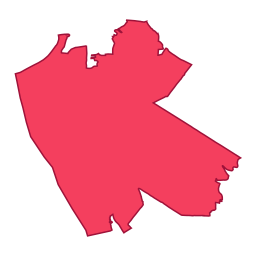 Milcov, Olt, Romania (Natural Earth projection)
{"feature_id": "2599482B38405500172940", "entity_name": "Milcov", "entity_type": "district", "adm_level": 2, "iso_a3": "ROU", "parent_name": "Romania", "parent_adm1": "Olt", "projection": "natural_earth1", "projection_center": [24.399, 44.373], "detail": "fine", "context": "isolated", "style": "filled", "palette": "rose", "viewbox_px": 256, "rotation_deg": 0, "n_neighbors": 0, "source": "geoboundaries", "source_scale": "gbopen_adm2", "svg_char_len": 5680}
<svg xmlns="http://www.w3.org/2000/svg" viewBox="0 0 256 256"><path d="M87.6,235.9L110.4,230.9L112.0,230.0L111.1,227.3L110.9,225.5L110.6,224.5L110.5,224.0L110.8,223.4L111.4,223.0L112.1,222.5L112.2,222.2L111.9,221.8L110.0,222.6L109.7,222.5L109.5,222.3L109.5,221.9L109.6,221.7L110.8,221.1L110.4,219.9L109.8,220.1L109.6,219.7L110.1,218.8L110.0,218.5L109.6,218.2L109.6,217.8L110.3,217.0L110.4,216.8L110.1,216.4L110.1,216.2L112.8,214.4L113.5,217.2L114.0,218.7L114.8,220.1L115.7,221.5L118.0,223.7L119.2,225.1L122.2,230.2L123.9,232.8L124.7,232.2L131.3,228.1L130.6,227.5L130.0,226.7L129.3,226.0L128.2,225.0L128.1,224.0L128.4,223.4L129.6,221.9L130.9,220.4L133.2,217.2L135.7,214.2L137.0,212.5L140.2,208.4L141.5,207.1L142.9,205.2L143.1,204.8L143.2,204.5L143.0,203.5L142.9,203.0L143.0,201.8L142.9,201.6L142.7,201.4L142.2,201.1L142.1,200.4L142.0,199.8L141.4,197.8L141.4,197.0L141.1,196.2L139.7,192.0L138.4,189.0L138.6,188.5L139.0,188.5L139.3,188.5L140.2,188.9L140.6,189.1L141.3,189.6L144.5,191.7L147.1,193.2L147.7,193.5L148.2,193.8L150.7,195.7L151.5,196.1L152.2,196.5L154.2,197.9L160.6,201.8L161.1,202.1L162.0,202.3L162.6,202.6L163.9,203.7L165.7,204.9L168.8,207.1L172.4,209.4L174.4,210.7L176.7,212.1L181.1,214.9L181.6,215.1L182.1,215.2L185.5,215.4L190.1,215.5L192.1,215.7L193.1,215.7L194.3,215.5L195.9,215.6L199.8,215.6L202.4,215.5L203.7,215.6L203.6,215.8L207.1,215.9L208.5,216.0L209.2,215.9L209.9,215.7L209.8,214.0L209.6,213.0L209.6,212.9L210.0,212.6L210.7,212.3L210.8,212.0L210.7,211.8L211.2,211.3L211.7,210.8L212.7,210.5L213.2,210.1L213.7,210.3L214.6,210.1L215.4,209.4L215.6,209.2L215.7,208.9L215.6,206.9L215.7,204.8L215.5,203.3L215.6,202.5L218.7,202.9L219.4,203.1L219.5,201.6L221.6,201.3L221.8,201.3L221.8,200.6L220.1,200.8L219.9,200.2L220.3,199.7L220.7,199.7L222.3,199.4L222.3,197.6L222.2,196.6L221.8,195.3L221.4,194.5L219.4,192.6L219.0,191.9L218.6,190.7L218.5,189.4L218.5,188.2L219.1,185.9L219.5,184.8L219.8,184.2L219.9,183.6L219.6,183.3L218.4,183.0L217.1,182.3L215.7,181.3L215.4,181.0L215.4,180.9L215.8,180.4L215.9,180.1L216.1,178.8L216.3,178.7L216.4,178.8L216.8,179.3L217.1,180.1L217.2,180.3L217.5,180.3L219.9,180.3L223.7,180.0L224.9,180.1L226.3,179.9L226.7,179.8L227.4,179.3L227.8,179.0L228.2,178.2L228.4,176.6L228.6,176.3L228.8,175.9L228.4,175.4L227.6,174.6L227.1,174.0L226.0,172.5L225.7,171.8L225.1,171.1L225.0,170.8L224.9,170.3L224.4,169.4L224.2,168.9L222.9,167.1L222.4,166.0L222.5,165.8L223.0,165.9L223.3,166.2L224.9,167.8L226.1,168.9L227.0,169.5L227.9,169.9L229.2,170.3L230.2,170.5L231.5,170.7L231.9,170.7L232.4,170.4L232.7,170.1L233.0,169.6L233.1,169.4L233.1,169.1L232.9,168.5L232.9,168.0L233.0,167.6L233.4,167.1L234.0,167.0L234.3,167.0L236.6,167.4L236.9,167.4L237.1,167.3L237.6,166.8L237.7,166.5L237.8,166.0L237.8,165.5L237.5,164.2L237.3,162.8L237.5,161.5L238.0,159.7L238.3,159.3L239.2,158.7L239.9,158.3L240.6,157.9L224.0,147.4L222.3,146.3L215.7,142.3L207.6,137.1L203.7,134.6L200.1,132.4L197.0,130.3L193.5,128.2L190.6,126.2L189.4,125.5L187.2,124.1L153.3,102.9L157.6,100.6L163.9,97.5L165.9,96.4L166.9,96.6L167.5,96.4L167.8,96.1L170.4,92.4L174.3,87.4L176.4,84.5L177.1,83.6L180.4,79.6L181.2,78.8L181.4,78.4L181.9,77.5L182.6,76.7L183.1,75.8L183.5,75.5L184.3,75.0L184.6,74.3L184.7,73.5L191.6,64.7L183.6,60.7L180.9,59.6L178.8,58.3L174.2,55.1L172.7,54.2L169.5,51.9L168.6,51.0L168.1,50.3L167.9,49.6L167.6,49.2L166.7,48.5L166.6,48.4L165.8,48.3L164.4,50.3L161.8,54.4L160.2,54.7L158.8,55.2L158.0,55.2L158.4,49.5L162.9,49.1L163.3,48.8L162.6,47.0L162.5,46.6L162.5,46.2L162.6,45.1L162.5,44.9L162.2,44.3L161.2,43.0L159.9,41.8L159.4,41.5L158.4,41.2L158.7,38.1L158.7,36.5L158.5,35.1L158.3,34.6L157.9,33.4L157.2,33.7L155.7,31.9L154.5,30.9L153.9,30.7L153.7,30.5L153.4,30.5L153.2,30.3L152.0,28.8L151.2,28.4L148.4,24.9L147.9,24.1L147.0,22.4L146.6,21.7L146.7,21.3L144.6,21.9L144.4,22.1L141.0,21.6L140.8,21.5L134.3,20.7L126.7,20.1L126.6,20.4L126.7,20.7L127.1,21.3L127.2,21.5L127.1,22.0L126.9,22.3L126.2,22.9L125.9,23.3L125.2,24.4L124.3,25.4L123.4,26.0L123.0,26.2L122.7,26.3L121.5,26.9L120.2,27.8L119.7,28.2L119.3,28.4L118.3,28.7L118.2,28.9L118.2,29.1L118.4,29.2L119.1,29.6L119.8,30.3L120.0,30.6L120.1,31.0L120.8,31.3L121.1,31.6L121.7,32.2L121.8,32.4L121.6,32.5L121.3,32.5L121.1,32.5L120.7,32.3L119.6,31.5L118.1,30.2L117.2,29.7L115.6,29.9L115.1,30.1L114.8,30.4L114.6,30.7L114.6,30.9L114.7,31.2L114.9,31.5L116.5,32.6L117.1,33.4L116.8,34.4L116.7,34.7L116.5,35.0L116.2,35.2L115.6,35.3L115.4,35.3L114.7,34.9L114.1,34.7L113.8,36.4L112.8,36.5L113.1,36.8L113.2,37.1L113.2,37.4L112.7,38.0L112.3,38.5L112.4,39.1L112.6,39.6L112.9,40.0L113.1,40.3L113.5,41.4L114.1,42.2L114.4,43.0L114.5,43.4L114.5,43.7L114.0,44.9L113.4,46.8L113.0,47.8L112.8,48.7L112.7,50.2L112.7,51.3L112.7,54.2L108.0,54.0L105.4,54.3L105.5,55.4L101.4,55.4L99.4,54.7L98.5,53.5L96.5,54.6L91.7,55.1L91.6,55.6L94.8,55.6L95.4,56.4L95.5,57.3L91.3,57.5L91.1,58.3L91.1,58.5L94.0,58.3L94.7,60.5L96.3,60.5L97.2,61.0L97.8,61.4L98.0,61.9L97.9,62.3L97.3,63.0L97.0,64.2L97.3,65.9L97.0,66.1L94.1,66.3L92.7,67.2L91.9,67.9L91.1,68.2L89.4,68.4L87.6,68.3L86.4,68.0L86.5,65.5L86.1,63.2L86.2,62.2L86.4,61.5L86.6,60.1L86.5,57.9L86.8,53.5L86.4,46.2L86.0,46.1L85.8,46.0L77.4,47.3L75.4,47.5L71.8,49.0L71.2,49.3L70.3,50.3L68.2,52.6L67.9,53.5L61.7,52.9L61.4,52.7L61.5,50.6L63.4,47.8L64.2,46.9L66.1,39.8L66.8,38.6L67.1,36.9L68.9,36.3L69.6,35.1L68.8,34.3L66.8,34.7L67.1,34.2L64.3,34.3L61.4,34.6L58.4,35.1L58.8,37.4L58.8,38.7L58.7,39.7L58.5,40.4L57.6,43.1L57.0,44.3L56.4,45.2L55.6,46.0L55.0,46.9L51.6,51.5L49.7,53.9L48.0,55.9L45.6,58.0L43.4,59.8L38.6,62.7L33.6,65.2L27.0,68.7L20.3,72.4L15.4,73.8L17.0,81.4L20.3,98.1L22.9,107.5L26.4,122.3L30.7,136.7L44.3,157.1L52.5,167.4L58.2,184.6L72.3,208.8L85.9,230.2L87.6,235.9Z" fill="#f43f5e" stroke="#9f1239" stroke-width="1.5"/></svg>